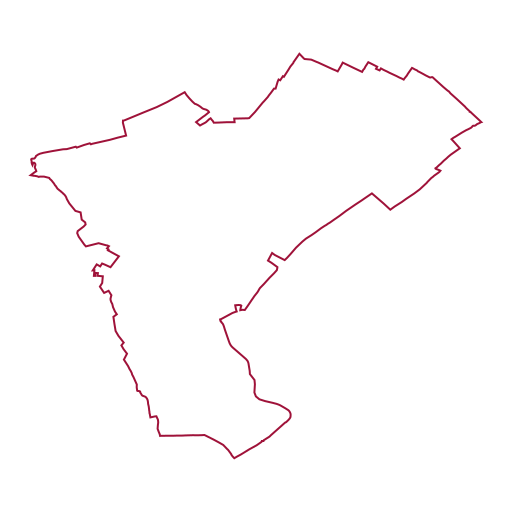 Dorohoi, Botosani, Romania
{"feature_id": "2599482B4941820035294", "entity_name": "Dorohoi", "entity_type": "district", "adm_level": 2, "iso_a3": "ROU", "parent_name": "Romania", "parent_adm1": "Botosani", "projection": "natural_earth1", "projection_center": [26.424, 47.967], "detail": "fine", "context": "isolated", "style": "outline", "palette": "rose", "viewbox_px": 512, "rotation_deg": 0, "n_neighbors": 0, "source": "geoboundaries", "source_scale": "gbopen_adm2", "svg_char_len": 5888}
<svg xmlns="http://www.w3.org/2000/svg" viewBox="0 0 512 512"><path d="M286.1,422.2L288.4,420.0L289.6,418.6L290.1,417.8L290.5,416.9L290.5,416.4L290.6,415.3L290.6,414.2L290.4,413.3L290.0,412.4L289.5,411.5L288.9,410.7L288.2,410.1L285.2,408.2L280.2,405.3L278.6,404.6L276.7,403.9L272.5,402.8L265.1,401.1L259.4,399.3L255.9,396.4L254.4,392.5L254.9,384.3L254.5,380.0L249.9,374.1L249.7,370.9L248.6,364.2L248.4,363.1L248.0,361.9L247.5,360.9L246.7,359.9L245.8,358.9L232.8,347.6L231.5,346.3L230.5,344.9L229.7,343.4L228.8,341.0L224.9,329.7L223.9,326.4L223.2,324.6L222.7,323.7L221.9,322.8L221.3,322.2L221.3,321.8L221.1,321.4L220.6,321.2L220.2,320.0L220.1,319.4L221.1,319.1L232.4,313.0L234.8,312.1L236.7,311.5L236.2,310.0L235.7,308.0L235.2,305.3L236.7,305.1L237.5,305.1L238.0,305.0L238.8,305.0L240.7,305.2L241.3,305.7L240.8,307.4L240.4,309.3L240.3,310.2L240.8,310.1L242.5,309.8L244.8,310.0L247.3,306.5L249.9,302.7L251.7,300.0L252.9,298.3L254.3,296.2L257.4,292.3L258.4,290.7L259.2,289.2L259.8,288.3L259.9,288.1L264.1,283.8L269.4,277.9L274.0,273.3L276.8,270.2L277.3,268.1L277.4,267.1L271.5,262.8L268.0,260.6L272.1,253.0L274.8,255.0L284.7,260.1L287.0,257.9L290.4,254.2L296.0,247.7L302.5,241.5L306.0,238.6L309.8,236.2L311.4,235.2L315.6,232.3L321.1,228.2L324.6,225.9L326.4,224.9L327.7,223.9L329.9,222.6L333.7,219.9L339.2,216.1L346.1,210.9L355.3,204.6L361.7,200.4L363.7,199.0L371.9,193.4L383.6,203.5L390.3,209.7L394.7,206.5L401.8,202.0L406.1,198.9L414.2,193.5L419.7,189.4L426.8,182.8L427.3,182.1L431.2,178.1L433.2,176.6L434.0,175.8L438.8,172.4L439.6,171.7L440.4,170.7L438.9,170.0L436.1,169.0L435.5,168.6L435.4,168.5L435.4,168.3L436.6,167.5L439.1,165.1L440.8,163.7L443.8,160.7L446.4,158.5L448.3,156.7L450.7,154.7L459.8,148.3L453.5,141.3L451.5,139.2L453.4,137.8L455.2,136.8L461.9,132.6L466.3,130.1L468.1,129.3L470.8,127.9L471.8,127.1L472.4,126.3L473.0,125.8L473.5,125.7L474.1,125.8L474.7,125.7L475.5,125.4L477.1,124.1L479.6,123.0L480.9,122.2L481.3,122.1L479.0,119.9L470.6,112.1L470.3,112.0L470.4,111.9L470.0,111.6L466.9,108.7L465.6,107.4L465.2,106.8L456.9,99.1L450.4,93.3L449.0,91.5L448.7,91.4L447.1,90.2L443.1,86.8L434.4,78.9L432.9,77.5L432.6,77.3L432.1,77.1L430.3,77.5L429.7,77.4L425.7,75.4L423.2,74.0L419.3,71.9L418.1,71.4L417.0,70.4L414.8,69.4L412.7,68.2L412.0,67.9L408.0,73.6L406.8,75.6L404.5,78.4L403.7,79.6L401.6,78.5L399.5,77.6L396.6,76.1L389.5,72.8L387.4,71.7L383.6,69.9L380.9,68.4L379.6,70.4L376.0,68.8L377.2,66.7L368.3,62.2L365.4,66.6L364.3,68.8L363.4,69.6L362.1,71.9L353.4,67.8L342.7,62.6L341.7,64.6L337.7,71.4L336.1,70.6L332.7,69.2L317.9,62.4L316.8,62.0L311.9,59.9L311.1,59.6L304.5,59.0L303.6,58.2L299.4,53.8L294.0,61.5L293.6,62.0L293.5,62.5L293.1,63.2L290.4,66.5L288.7,69.3L283.9,76.8L282.9,76.2L280.2,80.3L278.6,79.5L277.7,81.5L275.6,88.6L274.0,88.6L271.6,91.9L270.4,93.5L269.9,94.1L268.8,95.5L267.8,97.0L263.8,101.5L262.8,102.5L255.0,112.0L249.2,118.1L247.8,118.3L234.2,118.6L234.6,122.2L226.9,122.2L217.7,122.6L213.8,122.7L212.7,120.8L211.9,120.0L210.6,118.3L209.2,119.2L206.2,122.0L205.2,122.7L204.3,123.1L203.6,123.6L203.0,123.8L200.0,125.5L196.1,122.1L203.0,116.8L204.8,115.6L209.0,112.2L208.7,111.5L208.0,110.8L207.1,110.2L206.0,109.6L203.8,109.0L202.8,108.6L202.3,108.3L200.5,106.8L198.1,105.2L196.1,104.2L194.8,103.8L192.4,101.6L189.4,98.4L186.6,95.1L184.7,92.2L167.4,101.9L156.7,107.1L143.4,112.5L124.8,120.2L123.6,120.6L123.0,120.6L122.9,122.7L126.1,135.6L117.9,137.6L110.0,139.8L92.2,143.8L90.9,144.3L89.8,143.3L84.0,145.0L76.7,147.6L76.4,147.3L75.8,146.7L66.8,149.1L63.0,149.3L52.3,151.1L43.4,152.8L40.0,153.7L38.2,154.5L36.0,156.0L35.8,156.6L35.4,157.3L34.6,158.3L34.3,158.5L33.8,158.6L32.0,158.7L31.4,159.0L31.2,159.5L31.7,161.7L31.8,161.9L31.6,162.6L32.1,164.3L32.5,165.1L32.8,164.2L33.2,163.2L33.6,162.8L33.8,162.7L34.1,162.7L34.5,163.0L35.0,163.4L35.3,164.0L35.4,164.5L35.3,165.5L34.8,167.0L34.8,167.5L36.0,170.2L36.3,171.2L34.0,172.7L30.7,175.2L33.8,175.8L34.6,175.8L36.8,176.2L37.8,176.5L38.7,176.9L39.9,176.6L44.0,176.6L49.2,177.9L49.9,179.0L51.1,180.0L52.0,181.0L52.9,182.2L53.9,183.4L55.1,185.4L56.2,186.5L56.6,187.5L57.1,188.0L57.3,188.4L57.6,188.8L58.9,189.8L59.6,190.5L60.5,191.0L61.0,191.6L62.6,192.9L63.4,193.8L64.2,194.4L65.4,195.9L66.2,197.3L66.8,199.0L69.3,203.4L75.4,210.9L80.6,212.4L81.7,219.6L85.2,222.4L85.6,224.5L83.7,226.5L77.7,231.1L77.2,233.1L78.7,236.7L84.3,244.6L85.9,246.4L98.6,243.2L106.2,245.3L107.5,245.5L108.9,246.2L107.0,248.4L108.5,249.4L107.9,250.3L118.9,256.3L110.5,267.2L105.0,264.7L102.1,263.5L100.2,266.4L96.7,264.4L92.8,270.4L94.4,270.3L93.9,275.9L95.2,275.9L95.4,272.9L97.9,273.1L97.5,275.8L102.8,276.3L102.2,283.0L99.9,286.6L104.1,292.9L108.6,290.8L111.1,294.8L111.4,295.2L111.0,296.6L110.5,298.8L110.6,300.1L111.3,302.2L112.2,303.8L112.6,305.3L113.0,307.1L115.0,311.6L116.8,314.3L113.4,316.8L114.4,323.7L115.6,331.0L118.4,335.8L123.7,342.6L121.4,345.4L123.6,349.2L127.0,353.7L123.9,359.6L128.1,366.1L129.5,369.0L130.8,371.1L131.8,373.2L132.1,374.5L133.4,376.9L136.8,384.5L136.7,387.1L136.8,388.2L137.0,389.2L137.1,390.3L137.2,390.7L137.4,390.9L138.3,391.0L139.7,391.2L140.0,391.5L140.2,391.8L140.2,392.5L140.4,392.8L140.9,393.5L141.7,394.9L142.0,395.3L142.5,395.7L145.0,396.6L145.9,397.2L147.1,398.8L147.3,399.5L147.6,400.0L148.0,402.2L148.1,403.8L148.7,406.3L149.1,409.3L149.1,409.9L149.4,411.5L149.5,413.2L149.8,414.1L150.4,417.4L155.0,416.4L156.4,416.3L156.9,417.5L157.9,419.6L158.1,421.0L158.2,422.7L157.9,424.9L157.6,428.8L158.7,431.8L159.6,433.9L160.1,435.9L160.5,435.8L174.4,435.7L176.9,435.6L181.8,435.6L186.1,435.4L193.3,435.2L195.8,435.3L201.2,435.2L204.4,435.0L205.9,435.7L214.2,439.9L218.8,442.4L222.8,444.7L223.3,445.0L227.0,448.9L228.1,449.9L231.2,454.1L231.2,454.3L231.3,454.6L231.8,455.3L232.6,456.4L234.3,458.2L237.0,456.6L240.7,454.6L249.5,449.2L256.6,445.3L261.5,441.9L261.8,441.0L263.5,441.0L263.8,440.2L269.5,436.6L270.8,435.3L284.3,423.3L285.4,422.4L286.1,422.2Z" fill="none" stroke="#9f1239" stroke-width="2"/></svg>